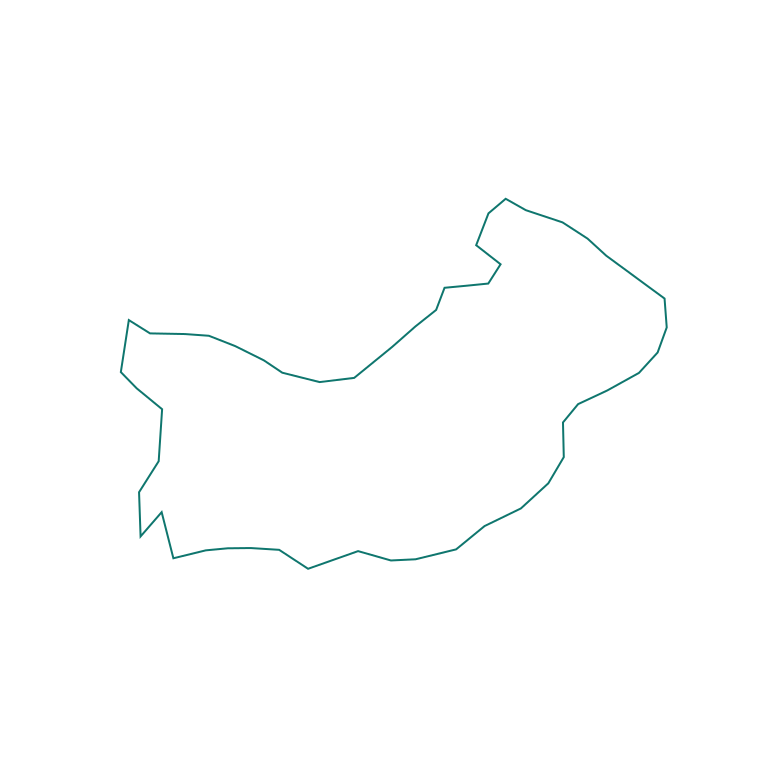 Kokkinotrimithia, Nicosia, Cyprus (Equal Earth projection), rotated 331°
{"feature_id": "46923920B32049990820743", "entity_name": "Kokkinotrimithia", "entity_type": "district", "adm_level": 2, "iso_a3": "CYP", "parent_name": "Cyprus", "parent_adm1": "Nicosia", "projection": "equal_earth", "projection_center": [33.202, 35.161], "detail": "fine", "context": "isolated", "style": "outline", "palette": "teal", "viewbox_px": 768, "rotation_deg": 331, "n_neighbors": 0, "source": "geoboundaries", "source_scale": "gbopen_adm2", "svg_char_len": 801}
<svg xmlns="http://www.w3.org/2000/svg" viewBox="0 0 768 768"><g transform="rotate(331 384 384)"><path d="M580.2,281.0L558.1,285.4L531.9,307.3L544.0,335.8L523.9,346.7L503.7,338.0L483.6,329.2L465.5,344.5L439.3,348.9L409.2,355.5L360.9,364.2L328.6,351.1L300.5,324.8L290.4,305.1L272.3,278.8L254.2,256.9L234.1,243.8L203.9,226.3L191.8,204.4L159.6,246.0L165.6,267.9L177.7,298.5L149.5,342.3L117.3,359.9L97.2,399.3L127.4,388.3L115.3,434.3L147.5,443.1L167.6,451.9L187.8,462.8L211.9,478.2L228.0,508.8L280.3,517.6L304.5,541.7L326.6,552.6L366.9,563.6L403.1,557.0L443.4,559.2L479.6,550.5L505.8,535.1L521.9,504.4L544.0,495.7L576.2,497.9L612.4,497.9L638.6,489.1L658.7,471.6L670.8,445.3L656.7,414.6L640.6,379.6L632.5,355.5L618.5,329.2L592.3,300.7L580.2,281.0Z" fill="none" stroke="#0f766e" stroke-width="2"/></g></svg>